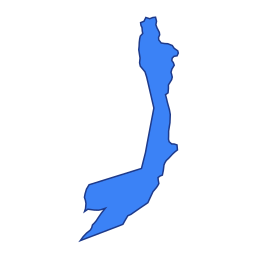 the district of Abreu e Lima, Pernambuco, Brazil, rotated 266°
{"feature_id": "56859067B28528753412154", "entity_name": "Abreu e Lima", "entity_type": "district", "adm_level": 2, "iso_a3": "BRA", "parent_name": "Brazil", "parent_adm1": "Pernambuco", "projection": "albers", "projection_center": [-34.996, -7.866], "detail": "fine", "context": "isolated", "style": "filled", "palette": "blue", "viewbox_px": 256, "rotation_deg": 266, "n_neighbors": 0, "source": "geoboundaries", "source_scale": "gbopen_adm2", "svg_char_len": 1528}
<svg xmlns="http://www.w3.org/2000/svg" viewBox="0 0 256 256"><g transform="rotate(266 128 128)"><path d="M86.7,138.6L74.1,85.2L69.9,82.3L65.3,80.6L61.9,79.7L58.6,80.5L55.6,80.8L50.6,80.0L47.7,78.8L49.8,82.3L48.5,88.7L48.1,93.0L48.4,95.4L49.5,99.7L44.8,95.4L40.5,92.0L37.7,89.9L35.6,87.9L33.8,85.8L30.9,84.8L28.7,83.2L26.1,79.4L22.7,75.7L19.0,72.6L30.7,111.2L32.3,116.2L35.7,118.4L40.5,121.7L41.6,124.8L47.2,134.2L52.1,142.6L56.5,145.0L62.8,148.5L66.6,152.2L68.4,153.6L70.4,154.9L74.0,154.5L76.5,154.5L77.9,156.7L78.6,159.0L83.3,160.3L88.6,161.3L90.8,162.4L92.9,163.9L95.2,166.7L96.8,168.4L98.7,170.4L100.8,173.0L102.7,175.8L107.7,175.7L108.8,173.0L109.1,170.4L111.4,168.1L113.9,167.6L116.8,167.9L119.2,168.1L122.1,168.3L130.3,170.2L138.5,171.1L143.3,170.6L151.2,169.0L154.5,168.5L158.6,167.7L160.3,170.4L164.7,171.1L168.1,171.3L173.2,174.9L175.7,175.7L178.3,175.3L180.6,174.8L183.7,175.9L187.4,178.5L190.0,177.8L192.3,176.4L194.7,177.0L196.3,178.9L196.6,182.0L199.2,183.4L201.5,183.0L204.3,179.6L207.2,177.9L209.3,173.6L209.7,170.4L210.5,167.0L213.8,164.8L216.3,164.8L218.7,166.1L221.3,165.9L225.9,163.9L229.1,163.0L232.5,163.9L236.6,163.2L236.5,160.5L235.5,157.3L237.0,153.5L233.4,151.4L232.2,147.9L229.4,148.1L227.2,149.0L223.7,149.0L221.3,149.3L218.8,146.7L216.2,145.9L212.5,145.2L208.9,144.8L205.4,144.2L201.5,144.5L196.9,144.9L192.2,144.1L188.8,144.6L185.9,146.7L182.8,148.9L177.4,150.2L170.0,151.4L146.1,155.2L129.8,150.9L110.0,145.7L102.2,143.7L86.7,138.6Z" fill="#3b82f6" stroke="#1e3a8a" stroke-width="1.5"/></g></svg>